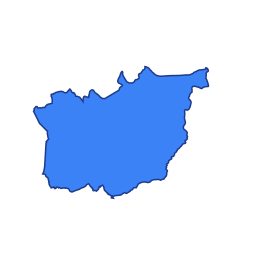 the district of Amixtlán, Puebla, Mexico, rotated 337°
{"feature_id": "50627088B86414439934091", "entity_name": "Amixtlán", "entity_type": "district", "adm_level": 2, "iso_a3": "MEX", "parent_name": "Mexico", "parent_adm1": "Puebla", "projection": "mercator", "projection_center": [-97.796, 20.056], "detail": "fine", "context": "isolated", "style": "filled", "palette": "blue", "viewbox_px": 256, "rotation_deg": 337, "n_neighbors": 0, "source": "geoboundaries", "source_scale": "gbopen_adm2", "svg_char_len": 5748}
<svg xmlns="http://www.w3.org/2000/svg" viewBox="0 0 256 256"><g transform="rotate(337 128 128)"><path d="M95.3,186.9L99.4,186.0L100.8,187.5L101.6,187.6L102.4,187.5L103.0,187.3L104.4,187.2L105.4,187.0L105.9,186.5L107.4,186.5L108.2,186.3L109.7,185.3L111.0,185.6L112.3,186.2L115.5,183.6L117.8,183.3L120.8,183.6L121.8,184.0L122.4,184.4L123.1,184.4L123.7,185.0L124.7,185.8L125.7,186.2L126.4,186.3L127.9,186.1L129.0,185.5L130.3,185.5L131.6,185.6L132.4,186.0L133.6,186.5L134.7,186.7L135.6,187.1L136.3,187.6L137.2,188.1L137.5,188.7L138.8,188.8L140.0,188.6L140.5,188.7L140.8,189.0L141.4,188.9L141.7,188.5L142.9,187.9L143.3,187.5L144.0,187.4L144.5,187.1L145.4,186.0L145.7,185.3L146.4,183.9L147.4,183.2L147.4,182.8L147.4,181.6L147.0,180.9L147.0,180.4L147.2,180.1L148.1,179.3L148.1,178.4L149.4,177.7L149.4,176.3L150.1,176.3L151.6,175.8L152.7,174.1L154.0,173.7L155.5,173.6L156.1,173.4L156.4,173.0L156.3,172.3L156.4,172.0L156.8,171.9L157.2,171.4L157.5,171.5L158.0,171.8L158.3,171.8L158.7,171.8L159.1,171.7L160.1,170.9L160.9,169.8L161.3,169.4L162.3,169.0L162.6,169.0L163.1,168.9L163.9,168.2L164.4,168.1L164.6,167.9L165.1,167.1L165.4,166.9L165.9,167.0L167.2,166.7L168.8,165.8L169.8,165.6L170.7,165.0L172.2,164.2L173.1,164.2L174.3,164.4L175.0,164.4L175.3,164.1L175.5,163.8L175.5,163.6L175.2,162.8L175.3,162.4L175.8,161.9L176.8,161.9L177.8,161.3L178.4,161.2L178.5,160.4L178.8,159.7L179.2,159.5L179.5,159.0L179.4,157.6L179.6,156.9L180.2,156.3L180.7,155.2L180.7,154.7L180.4,153.7L179.8,152.3L179.0,151.1L179.0,150.2L179.1,149.2L180.1,147.8L181.8,146.8L182.8,145.8L183.0,145.2L183.4,143.4L183.6,141.7L183.9,140.7L184.4,139.9L185.2,138.3L186.1,136.4L186.7,134.5L187.0,134.0L187.3,133.7L188.0,133.6L188.7,133.9L189.2,134.5L189.5,134.7L190.3,134.8L191.0,134.5L191.6,134.4L192.8,133.4L193.7,132.5L195.7,129.7L196.2,128.8L196.3,127.5L196.1,126.8L195.4,125.0L195.4,124.4L195.6,123.9L196.1,123.3L197.0,122.7L197.7,121.6L198.1,121.4L198.9,120.7L199.9,120.2L200.7,120.1L201.0,119.9L201.4,118.9L201.9,117.8L202.0,117.2L202.3,116.0L203.3,115.3L204.0,115.1L205.0,115.4L206.0,115.8L206.9,116.4L207.7,117.2L208.8,117.9L210.4,119.8L211.0,120.4L211.6,120.4L212.8,120.1L213.5,120.0L214.9,120.1L216.8,120.6L217.3,120.9L218.0,121.1L218.3,121.0L218.8,119.9L219.1,117.4L219.3,114.6L219.2,113.0L219.5,111.9L220.4,110.5L221.2,108.5L221.7,107.8L222.4,107.3L223.0,107.3L223.8,107.2L224.3,106.6L224.5,106.0L224.4,104.5L224.3,104.1L223.8,103.7L223.4,103.0L223.2,102.6L223.2,102.3L223.0,104.2L221.1,103.8L220.3,103.7L217.7,103.0L216.4,102.5L216.0,102.4L213.2,102.5L212.9,102.6L211.5,102.6L210.6,102.6L209.2,103.1L207.6,103.2L205.2,103.1L201.7,101.7L196.3,99.9L187.1,96.2L181.0,94.1L177.5,92.8L174.8,90.7L173.3,88.6L173.0,87.5L172.4,86.6L171.9,85.3L171.6,84.1L171.0,83.1L170.6,81.2L169.9,80.2L169.0,79.1L168.4,78.6L167.6,78.1L167.1,79.4L166.2,80.4L164.0,80.6L163.5,81.2L161.3,82.5L160.7,82.6L160.2,82.5L159.4,82.5L158.5,83.3L158.2,83.8L157.9,86.0L157.5,86.4L157.2,86.7L154.8,86.9L154.4,86.6L153.9,86.6L153.0,86.8L152.4,87.5L151.2,88.1L149.6,88.3L146.8,87.0L145.1,85.2L144.7,83.5L144.0,78.7L144.0,77.0L144.2,76.1L144.6,75.2L144.9,74.6L144.9,73.8L144.3,73.7L143.4,74.2L142.6,74.9L140.3,77.5L138.4,78.9L136.8,80.8L136.7,82.0L137.1,83.3L138.0,84.0L138.5,84.8L139.0,85.3L139.5,86.1L139.5,86.5L139.2,86.9L138.3,87.2L137.9,87.2L136.6,87.5L135.6,88.2L135.4,88.7L134.4,89.7L118.0,91.9L116.9,91.2L116.2,91.0L115.7,90.7L115.4,89.8L114.6,88.9L113.9,86.8L113.0,84.9L112.1,83.5L111.4,82.7L111.2,81.0L110.7,79.5L110.6,79.3L109.7,78.8L108.9,78.8L107.6,79.2L106.7,80.0L106.0,81.0L105.4,82.1L104.8,82.4L104.1,84.1L103.9,84.3L103.7,84.4L103.4,83.8L102.9,83.7L102.4,83.7L102.1,83.4L100.8,82.0L100.4,81.8L99.3,82.1L98.8,82.5L98.1,83.8L97.7,84.8L97.1,85.6L96.9,86.0L96.8,85.2L96.4,84.4L96.3,83.3L96.1,82.6L95.7,81.6L95.7,81.1L95.3,80.5L94.7,80.0L94.0,79.2L92.3,78.4L92.5,76.9L92.4,75.9L92.0,75.2L92.0,74.3L90.6,73.8L90.3,72.5L90.3,71.4L89.7,69.4L89.1,69.6L87.6,70.4L87.1,70.5L86.2,71.2L85.7,71.2L85.0,71.4L84.4,71.3L83.4,70.6L82.1,69.0L81.1,68.3L79.5,67.7L75.7,67.1L74.4,67.3L73.4,67.2L73.2,67.6L72.9,67.6L72.4,67.4L71.9,67.5L70.8,67.0L70.3,67.2L70.2,68.0L69.7,68.5L69.8,68.8L69.6,71.4L68.7,73.9L67.7,75.6L63.5,74.9L62.5,75.0L61.0,75.5L59.8,76.4L59.4,76.6L58.7,76.3L57.7,75.8L57.2,75.7L56.2,75.9L55.7,75.6L55.0,74.9L54.4,74.9L53.5,74.7L52.9,74.4L52.8,74.2L52.7,72.8L51.7,72.3L49.0,73.6L48.6,75.1L47.6,75.6L48.4,89.5L48.7,89.8L52.1,98.6L52.7,99.3L51.6,101.5L50.6,105.9L50.7,107.2L49.9,107.4L48.3,108.2L47.3,108.6L47.4,109.7L46.6,110.0L36.3,130.8L33.4,135.3L31.5,137.0L32.0,137.3L33.2,137.8L33.8,139.1L33.5,140.6L34.8,142.5L34.4,144.7L34.5,145.7L34.2,146.8L33.8,146.9L33.9,147.7L33.4,148.9L33.4,149.6L33.6,151.6L33.9,152.3L33.9,153.1L35.2,153.3L36.1,153.3L36.6,153.5L36.8,153.4L37.1,154.0L36.7,154.4L37.0,155.2L37.4,155.0L37.7,155.2L37.9,155.0L38.6,155.1L39.3,154.5L39.7,154.6L40.4,155.3L40.8,156.1L41.7,156.1L42.9,157.5L45.9,158.1L46.4,158.4L46.4,158.6L46.9,159.1L47.4,159.1L48.0,159.3L48.6,159.8L49.5,160.7L49.7,161.3L49.8,163.1L50.0,163.5L50.3,164.1L50.9,164.6L51.5,165.0L52.4,165.1L53.6,165.0L57.1,165.2L58.4,165.4L59.5,165.4L60.6,165.1L64.3,165.2L65.8,165.0L66.5,164.8L67.8,164.0L69.9,163.9L70.2,164.5L70.6,167.1L71.0,168.0L71.3,168.4L71.3,169.1L71.7,169.3L71.6,170.8L71.4,171.3L71.4,171.5L71.6,171.7L71.7,171.9L71.0,172.1L72.0,172.2L72.6,172.4L74.1,173.4L74.4,173.8L77.0,172.7L78.5,170.9L79.1,171.3L79.3,171.5L79.8,171.0L79.9,170.7L80.2,170.7L80.8,170.9L80.9,171.0L81.5,170.8L82.4,170.8L82.6,172.2L82.6,173.0L82.2,174.6L82.2,175.1L82.0,176.2L82.7,177.6L83.5,179.8L83.6,180.4L83.9,180.2L84.4,181.0L84.4,181.3L84.3,181.7L85.0,182.2L84.9,182.3L85.5,183.0L85.8,183.7L86.7,184.1L86.9,184.3L85.8,185.3L85.4,185.8L87.1,186.9L86.9,185.5L89.2,185.1L95.3,186.9Z" fill="#3b82f6" stroke="#1e3a8a" stroke-width="1.5"/></g></svg>